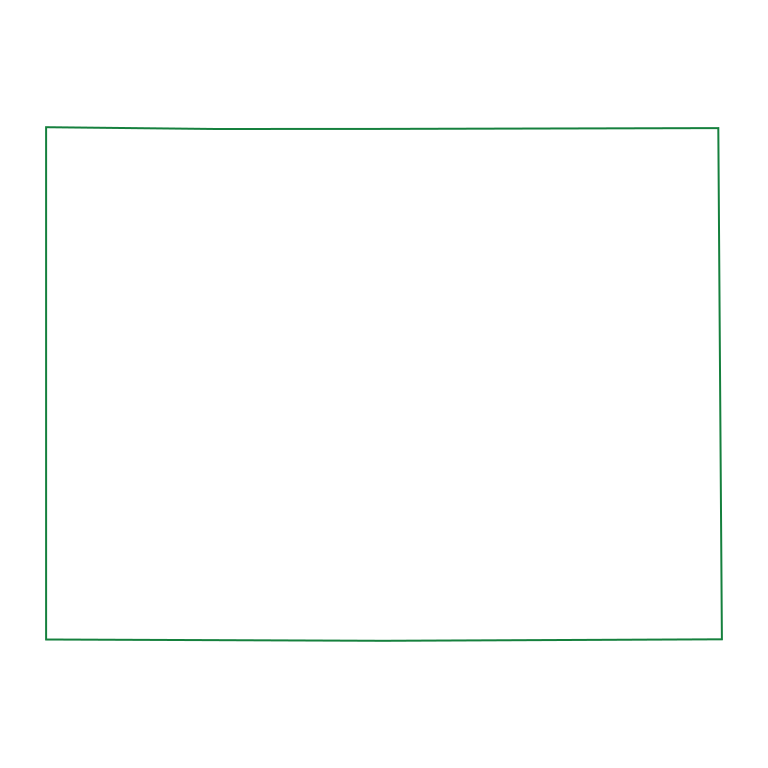 outline of Lucas, Iowa, United States of America
{"feature_id": "52423323B52818697562643", "entity_name": "Lucas", "entity_type": "district", "adm_level": 2, "iso_a3": "USA", "parent_name": "United States of America", "parent_adm1": "Iowa", "projection": "albers", "projection_center": [-93.313, 41.03], "detail": "fine", "context": "isolated", "style": "outline", "palette": "green", "viewbox_px": 768, "rotation_deg": 0, "n_neighbors": 0, "source": "geoboundaries", "source_scale": "gbopen_adm2", "svg_char_len": 221}
<svg xmlns="http://www.w3.org/2000/svg" viewBox="0 0 768 768"><path d="M721.9,639.3L718.3,128.1L382.9,128.9L215.9,129.0L46.1,127.2L46.1,639.5L383.5,640.8L721.9,639.3Z" fill="none" stroke="#15803d" stroke-width="2"/></svg>